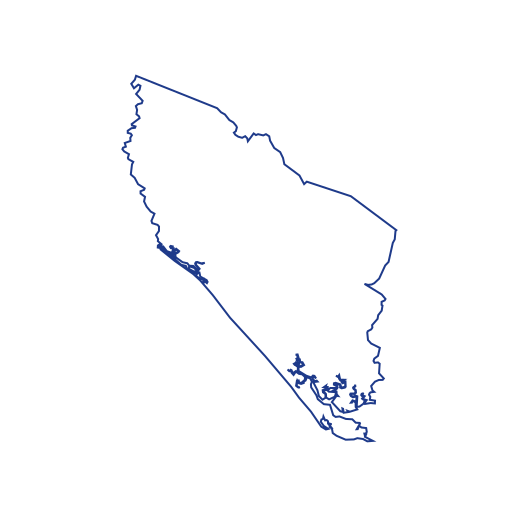 Alanje, Chiriquí, Panama, rotated 33°
{"feature_id": "35544464B2044400904902", "entity_name": "Alanje", "entity_type": "district", "adm_level": 2, "iso_a3": "PAN", "parent_name": "Panama", "parent_adm1": "Chiriquí", "projection": "albers", "projection_center": [-82.58, 8.37], "detail": "fine", "context": "isolated", "style": "outline", "palette": "blue", "viewbox_px": 512, "rotation_deg": 33, "n_neighbors": 0, "source": "geoboundaries", "source_scale": "gbopen_adm2", "svg_char_len": 6134}
<svg xmlns="http://www.w3.org/2000/svg" viewBox="0 0 512 512"><g transform="rotate(33 256 256)"><path d="M165.6,297.0L170.4,297.6L170.3,300.0L172.9,298.5L178.6,300.5L182.9,299.4L185.9,299.7L185.1,297.5L183.3,297.6L182.7,294.8L180.4,295.8L178.9,295.1L179.0,294.0L181.8,293.0L179.4,294.7L180.4,295.2L182.8,294.3L184.1,297.2L185.1,293.4L188.9,293.8L188.9,295.1L187.2,298.5L189.4,300.8L197.8,301.2L202.4,299.5L205.3,300.5L208.8,298.5L213.9,299.4L215.2,297.7L210.1,296.4L209.0,295.3L209.0,293.9L210.0,293.0L214.1,292.0L216.7,289.6L215.2,291.9L209.9,293.4L209.3,294.3L210.4,296.0L215.6,297.4L215.5,299.2L213.5,300.3L210.3,299.7L206.2,300.9L205.7,301.8L206.8,303.2L211.3,303.0L217.5,300.6L220.5,303.6L227.7,303.1L229.5,304.1L229.6,305.5L226.9,305.2L226.8,306.5L225.5,305.7L226.2,304.3L225.4,303.7L225.3,304.9L224.8,304.3L221.4,305.7L216.8,305.2L216.0,304.1L216.7,302.2L211.9,304.7L205.2,304.3L202.5,302.5L198.2,304.1L189.0,302.8L184.5,303.1L179.1,301.1L175.7,301.0L171.7,302.4L190.5,304.4L213.1,305.3L222.5,306.9L240.9,312.3L267.8,321.9L318.2,335.0L356.9,346.6L369.3,351.4L386.9,356.6L403.7,363.6L409.1,363.4L410.8,361.6L405.4,361.6L400.6,359.7L399.9,357.5L400.9,356.2L400.0,353.9L403.5,356.2L404.6,355.1L406.4,355.4L407.4,356.9L411.1,355.9L409.0,357.7L412.0,358.6L410.0,359.3L413.6,359.3L416.8,362.7L421.5,362.9L431.3,361.2L438.0,356.5L440.2,353.6L445.4,351.2L450.3,350.8L454.7,347.4L445.9,348.3L445.6,346.3L444.9,347.1L443.6,345.9L444.8,345.1L444.7,343.2L442.1,340.3L437.8,342.4L434.9,342.2L435.6,345.8L434.8,346.4L434.5,339.9L433.9,339.5L430.4,341.5L425.7,340.5L420.1,343.7L413.4,345.1L410.4,347.6L407.5,347.5L399.1,340.5L393.6,343.3L385.8,342.4L382.5,339.9L373.8,336.1L371.9,333.6L371.4,331.0L368.2,329.2L364.7,329.9L365.4,333.4L364.5,335.4L365.2,336.5L363.5,338.7L361.2,339.4L358.7,338.1L360.7,342.6L363.3,342.9L364.2,342.1L363.7,343.0L362.6,343.3L360.3,343.0L358.2,338.2L359.6,337.1L361.2,338.7L363.1,337.7L364.4,333.2L363.0,330.8L359.2,330.1L356.3,331.4L352.4,331.3L352.3,335.3L349.4,334.5L348.3,333.3L346.7,334.5L344.3,334.0L346.8,334.0L347.7,333.0L346.3,332.6L348.0,332.4L350.7,334.3L352.1,330.8L356.0,330.7L353.5,329.6L351.7,326.3L349.4,326.1L350.2,323.4L347.9,324.1L347.4,326.1L346.5,325.8L347.6,323.6L350.1,322.5L351.0,323.2L350.1,325.3L350.6,325.8L353.6,323.9L354.9,321.6L352.4,320.5L350.6,321.3L349.4,320.1L348.2,321.3L346.9,321.2L346.4,320.5L347.3,319.2L346.1,319.5L346.5,318.5L344.4,316.8L343.0,317.1L344.5,315.9L348.0,318.9L347.7,320.8L349.4,319.2L350.9,320.8L352.8,319.8L355.7,321.3L354.2,324.4L352.1,325.9L354.3,329.2L363.4,329.0L368.5,327.7L368.9,325.3L370.3,324.7L373.0,325.9L369.5,325.7L370.6,328.4L373.8,328.8L374.8,327.5L376.0,327.8L374.0,329.5L372.1,329.1L373.7,331.2L380.6,335.1L385.0,339.2L390.0,340.3L391.5,337.1L389.5,334.0L386.4,333.8L385.0,332.2L387.5,328.6L387.1,327.6L384.4,329.0L385.3,326.7L385.6,327.9L387.5,326.8L388.2,327.9L387.8,330.3L385.9,331.6L386.1,332.6L389.8,333.6L391.9,336.5L395.4,336.4L398.5,331.5L398.5,329.9L397.7,327.4L396.6,327.0L391.0,330.1L389.2,329.8L390.2,326.2L395.7,322.7L394.3,321.2L391.4,321.5L390.7,320.3L391.8,319.0L396.7,317.7L399.2,319.9L402.0,317.1L399.6,313.2L398.0,315.5L396.7,315.2L396.5,314.1L397.3,312.2L394.4,314.4L392.4,313.6L391.3,311.8L391.0,312.8L388.3,312.9L390.6,312.2L390.6,310.6L394.0,313.9L397.8,311.5L398.1,313.2L396.8,314.8L397.9,315.0L399.5,312.7L402.4,316.8L402.2,318.0L399.9,320.3L398.2,320.5L396.8,318.2L391.2,320.5L395.0,320.9L396.1,321.9L396.0,323.7L394.2,326.4L397.3,325.8L399.0,328.0L401.2,328.7L399.7,329.4L399.2,337.2L411.3,340.3L413.8,339.5L411.5,336.8L412.2,336.7L414.9,339.7L418.3,336.7L417.0,336.0L419.6,335.4L424.5,329.5L421.8,328.3L419.3,324.6L416.0,324.7L416.3,326.7L415.5,327.3L415.6,324.5L419.3,323.6L416.9,319.0L414.2,321.7L411.9,321.8L410.4,321.0L410.2,319.9L413.2,317.9L413.8,316.4L412.4,314.5L410.5,314.4L409.2,313.7L409.1,313.1L409.9,311.3L409.2,309.9L410.3,311.2L409.6,313.7L412.7,314.1L414.3,316.2L413.9,318.0L411.1,319.5L410.7,320.6L413.5,321.4L415.8,318.8L417.4,318.5L422.6,327.7L424.8,325.9L426.6,321.3L425.9,317.6L424.1,318.0L422.6,317.7L423.2,314.9L420.9,315.7L419.9,315.0L419.7,314.0L421.0,312.4L420.3,315.0L423.5,314.4L423.2,317.7L427.3,316.6L427.1,319.1L428.1,320.6L432.2,316.9L436.0,314.9L434.6,312.5L429.8,314.6L428.5,311.8L426.4,310.8L426.0,309.4L426.3,308.0L429.1,305.6L426.9,305.3L423.4,302.3L424.2,296.6L426.5,293.1L429.7,290.9L429.9,289.1L423.1,287.4L418.4,279.0L416.3,278.8L413.6,281.0L411.7,280.0L411.1,277.6L412.7,273.3L409.9,265.6L400.3,266.7L395.7,265.5L391.0,259.6L390.7,258.2L392.6,254.8L392.6,252.7L391.0,250.7L392.2,242.5L390.7,239.1L391.2,233.4L389.1,228.7L387.9,228.6L386.3,226.0L388.1,223.2L388.0,221.5L382.4,219.8L362.2,220.3L365.7,219.2L368.5,216.9L370.0,214.4L371.6,207.9L369.5,193.6L370.4,188.8L363.6,170.5L363.3,166.5L359.4,159.1L359.6,157.9L303.0,154.2L258.1,166.0L257.2,169.5L248.6,164.8L229.8,163.6L225.3,159.1L219.7,155.7L212.5,155.5L205.0,151.6L201.9,148.4L198.0,148.4L196.4,150.9L191.4,152.7L190.1,154.6L187.3,154.5L186.7,164.2L184.6,162.1L181.7,161.4L180.0,164.4L176.2,165.6L172.7,165.6L170.3,164.6L171.1,162.3L169.9,158.5L168.5,157.6L164.2,156.3L159.6,156.5L152.8,154.2L148.4,154.5L142.9,153.2L57.3,170.2L58.4,174.1L57.6,179.5L62.3,181.8L64.0,176.4L66.4,176.2L67.8,180.0L67.2,185.4L76.4,187.6L77.0,190.1L74.3,193.0L73.6,195.7L76.7,198.2L78.5,202.2L81.9,202.6L83.3,203.8L79.9,213.1L80.8,214.0L84.4,213.0L84.7,214.4L82.0,216.6L80.2,220.8L81.4,222.6L84.3,221.6L86.1,222.3L86.2,225.4L88.1,227.9L84.4,232.7L87.3,235.2L85.5,237.6L85.8,239.2L88.5,240.1L94.0,239.8L95.1,243.5L96.3,244.3L101.8,243.9L102.1,246.7L106.6,255.8L111.6,256.5L118.0,260.0L125.8,259.9L126.1,261.4L123.9,264.6L125.2,266.5L130.7,266.8L132.4,271.2L137.4,274.2L143.5,276.1L147.8,275.8L149.2,283.5L151.1,285.0L156.5,283.5L158.6,284.1L161.0,287.9L160.8,293.0L164.7,295.1L165.6,297.0ZM170.0,300.5L169.1,299.8L169.1,297.9L168.0,300.6L169.0,302.4L174.5,300.2L172.5,299.1L170.0,300.5ZM188.4,294.2L185.1,294.2L185.2,297.2L187.0,297.0L188.5,295.3L188.4,294.2ZM190.2,302.5L186.7,300.9L183.1,301.9L184.1,302.6L190.2,302.5ZM186.5,300.6L183.7,300.4L182.0,300.9L182.7,301.2L186.5,300.6Z" fill="none" stroke="#1e3a8a" stroke-width="2"/></g></svg>